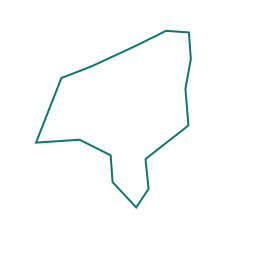 map outline of Fgura (Albers equal-area conic projection), rotated 339°
{"feature_id": "MLT-5959", "entity_name": "Fgura", "entity_type": "state/province", "adm_level": 1, "iso_a3": "MLT", "parent_name": "Malta", "parent_adm1": "", "projection": "albers", "projection_center": [14.52, 35.867], "detail": "fine", "context": "isolated", "style": "outline", "palette": "teal", "viewbox_px": 256, "rotation_deg": 339, "n_neighbors": 0, "source": "natural_earth", "source_scale": "10m", "svg_char_len": 360}
<svg xmlns="http://www.w3.org/2000/svg" viewBox="0 0 256 256"><g transform="rotate(339 128 128)"><path d="M185.3,147.3L154.0,156.9L133.2,163.3L125.4,192.2L107.2,205.1L94.2,173.0L102.0,147.3L78.6,121.6L36.9,108.7L83.8,57.4L115.0,57.4L164.4,54.1L198.3,50.9L219.1,60.6L211.3,86.3L195.7,111.9L185.3,147.3Z" fill="none" stroke="#0f766e" stroke-width="2"/></g></svg>